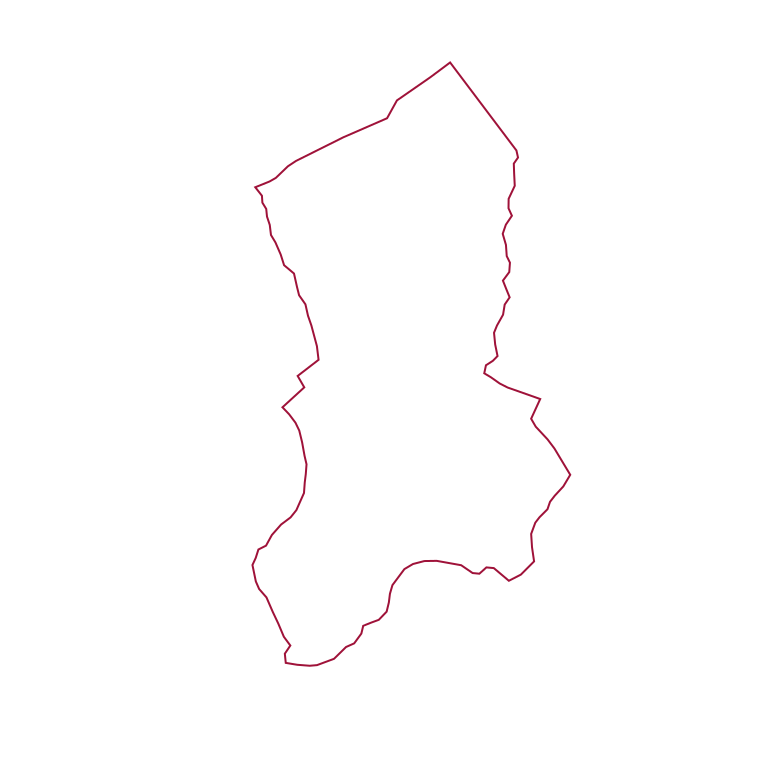 outline of Mirador, Paraná, Brazil, rotated 323°
{"feature_id": "56859067B94661520403732", "entity_name": "Mirador", "entity_type": "district", "adm_level": 2, "iso_a3": "BRA", "parent_name": "Brazil", "parent_adm1": "Paraná", "projection": "orthographic", "projection_center": [-52.761, -23.203], "detail": "fine", "context": "isolated", "style": "outline", "palette": "rose", "viewbox_px": 768, "rotation_deg": 323, "n_neighbors": 0, "source": "geoboundaries", "source_scale": "gbopen_adm2", "svg_char_len": 1690}
<svg xmlns="http://www.w3.org/2000/svg" viewBox="0 0 768 768"><g transform="rotate(323 384 384)"><path d="M137.7,547.6L145.7,556.0L155.1,564.3L161.3,568.2L178.7,573.4L195.4,571.2L204.1,573.2L215.7,569.7L221.9,564.6L230.3,566.9L237.9,569.2L249.1,567.4L256.4,561.4L262.5,555.1L269.7,549.7L288.9,544.1L298.8,545.2L309.7,549.7L319.7,557.0L336.6,575.2L341.0,588.3L346.0,592.9L355.4,592.1L360.9,597.1L365.3,616.3L378.6,618.6L397.1,616.0L404.0,603.4L411.3,592.3L421.4,585.8L428.0,584.0L439.2,582.4L445.7,578.0L453.0,576.0L465.6,573.7L478.1,568.6L481.3,538.1L481.3,526.7L479.5,509.4L480.6,500.3L499.7,490.0L480.6,461.2L476.7,453.2L473.3,442.6L470.5,435.8L476.7,430.4L484.9,431.0L491.5,430.0L496.6,419.3L502.7,409.3L509.4,405.3L520.8,400.3L528.2,393.2L536.5,390.4L538.7,382.1L541.2,373.0L551.4,370.0L557.6,362.9L559.0,355.7L565.1,346.3L569.2,335.5L577.2,330.1L587.4,326.6L589.2,318.6L595.0,311.1L607.7,304.4L614.7,294.1L620.3,286.1L627.3,283.8L630.3,277.2L630.3,167.0L605.6,166.9L565.0,165.3L546.4,173.6L500.0,162.5L448.1,152.9L438.3,152.3L421.6,154.3L414.5,153.4L399.6,149.4L399.8,160.2L396.0,166.0L395.3,173.3L391.3,179.9L388.5,188.2L383.4,197.0L382.5,205.6L379.4,218.5L375.7,229.0L378.6,241.6L372.9,254.2L369.6,262.0L369.2,273.1L364.4,283.7L361.2,293.6L353.2,313.4L346.3,325.3L319.9,325.6L318.3,338.7L288.9,341.5L290.0,351.0L290.0,361.6L288.3,370.2L283.5,381.3L277.3,393.6L273.8,401.5L267.3,408.9L261.5,414.9L254.5,422.9L246.2,427.5L238.1,432.0L229.1,434.3L217.2,434.3L203.6,437.1L192.5,442.1L184.1,440.6L176.9,445.7L170.0,449.4L162.8,464.6L160.9,472.6L161.7,483.7L158.0,499.1L155.4,511.7L151.9,525.6L151.8,536.5L142.5,539.7L137.7,547.6Z" fill="none" stroke="#9f1239" stroke-width="2"/></g></svg>